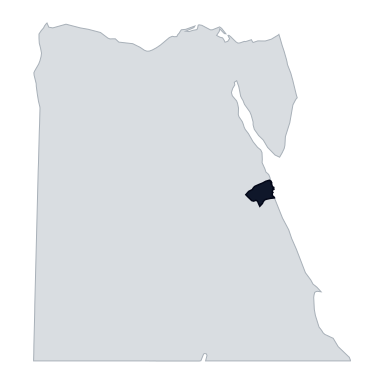 location of Safaga, Al Bahr al Ahmar, Egypt
{"feature_id": "37247803B18851026884182", "entity_name": "Safaga", "entity_type": "district", "adm_level": 2, "iso_a3": "EGY", "parent_name": "Egypt", "parent_adm1": "Al Bahr al Ahmar", "projection": "equal_earth", "projection_center": [33.857, 26.735], "detail": "fine", "context": "in_parent", "style": "filled", "palette": "ink", "viewbox_px": 384, "rotation_deg": 0, "n_neighbors": 0, "source": "geoboundaries", "source_scale": "gbopen_adm2", "svg_char_len": 4614}
<svg xmlns="http://www.w3.org/2000/svg" viewBox="0 0 384 384"><path d="M350.4,360.9L341.7,360.9L332.9,360.9L324.2,360.9L315.4,360.9L306.7,360.9L298.0,360.9L289.2,360.9L280.5,360.9L271.7,360.9L263.0,360.9L254.3,360.9L245.5,360.9L236.8,360.9L228.0,360.9L219.3,360.9L210.5,360.9L205.6,360.9L206.4,357.8L207.0,355.5L206.4,353.9L204.7,353.5L203.6,354.0L200.9,360.7L199.5,361.0L196.4,361.0L186.3,361.0L176.1,361.0L165.9,361.0L155.7,361.0L145.5,360.9L135.4,360.9L125.2,360.9L115.0,360.9L104.8,360.9L94.7,360.9L84.5,360.9L74.3,360.9L64.1,360.9L53.9,360.9L43.8,360.9L33.6,360.9L33.8,352.9L33.9,344.9L34.1,336.9L34.3,328.9L34.5,320.9L34.7,312.9L34.8,304.9L35.0,296.9L35.2,289.0L35.4,281.0L35.6,273.1L35.8,265.1L36.0,257.2L36.2,249.3L36.4,241.3L36.6,233.4L36.8,225.5L37.0,217.6L37.2,209.8L37.4,201.9L37.6,194.0L37.8,186.1L38.0,178.3L38.2,170.4L38.5,162.6L38.7,154.8L38.9,147.0L39.1,139.2L39.3,131.4L39.6,123.6L39.8,115.8L40.0,108.0L39.8,106.6L38.5,101.3L37.4,94.6L36.3,86.4L36.2,83.7L34.1,75.2L33.9,72.8L34.6,71.1L38.7,64.0L40.0,60.6L41.1,56.4L41.5,53.1L40.5,47.9L39.3,43.3L39.0,38.6L39.0,34.0L41.1,30.8L43.6,27.9L44.5,26.0L46.0,24.0L47.0,23.0L48.8,27.2L52.8,27.9L66.0,24.2L80.3,27.9L88.3,29.3L100.5,32.5L107.9,38.1L109.9,38.9L115.3,38.8L118.8,42.1L132.8,43.7L140.2,47.4L144.5,50.3L147.0,51.2L149.3,51.1L152.3,50.0L156.2,47.9L160.5,45.0L169.3,37.6L172.3,36.3L174.3,36.7L176.8,36.6L177.8,34.6L179.1,33.2L180.0,31.7L181.3,29.8L185.8,29.3L194.9,26.0L193.9,27.6L185.6,31.2L189.1,31.6L192.7,30.4L196.9,29.6L197.6,28.1L198.2,25.2L199.0,24.8L201.8,25.3L210.3,29.8L212.4,29.8L218.4,27.4L219.6,26.9L221.6,28.3L225.9,33.8L224.4,33.6L219.7,28.9L219.3,31.3L216.6,35.4L219.9,37.2L222.6,37.9L224.1,40.2L225.0,42.2L227.7,41.4L229.6,38.6L228.7,37.0L228.0,35.4L228.9,35.3L230.7,36.7L236.1,42.0L237.9,43.1L240.0,42.9L244.3,41.4L245.6,41.6L251.4,39.7L252.1,41.1L253.1,42.5L257.8,40.9L265.2,41.0L271.3,39.2L278.3,35.0L278.9,34.4L279.2,35.4L280.1,38.3L282.2,45.6L284.1,51.3L286.4,59.3L287.1,62.3L287.4,64.4L290.8,73.2L292.8,80.4L294.2,86.2L296.3,94.8L297.2,97.8L295.8,99.4L292.9,104.9L289.8,122.7L285.4,136.6L284.9,145.3L284.2,148.5L282.1,152.9L279.6,157.2L275.0,155.0L267.6,147.4L263.3,140.1L258.6,135.5L254.3,129.3L253.1,124.8L253.1,122.0L251.2,115.1L249.8,111.8L244.5,104.4L243.0,100.5L241.9,98.7L240.7,96.3L238.8,86.7L236.7,80.7L234.3,82.3L234.8,84.9L232.7,88.4L231.4,92.5L232.3,95.8L236.6,100.9L237.5,103.2L238.5,108.0L238.3,114.6L239.0,116.8L242.3,121.7L243.4,124.6L244.1,127.1L245.2,129.4L248.4,133.6L253.1,141.8L257.5,147.3L260.7,149.9L262.0,152.6L262.3,159.4L262.1,162.7L264.9,168.9L265.9,172.0L268.7,174.5L269.9,177.4L271.0,182.2L272.8,196.2L275.1,199.6L282.5,218.1L288.7,229.8L291.7,238.6L296.4,249.3L305.4,272.7L310.8,280.0L313.0,284.1L316.9,287.2L321.1,291.8L317.1,291.3L316.1,291.6L314.7,292.4L314.0,295.2L313.7,297.4L314.3,309.4L315.4,315.5L319.0,327.0L321.7,330.5L323.0,332.7L324.8,334.4L333.2,338.3L338.2,346.7L349.3,357.3L350.4,360.2L350.4,360.9Z" fill="#d9dde1" stroke="#a8b0b8" stroke-width="1"/><path d="M245.8,194.7L248.0,197.0L249.8,198.7L251.7,200.6L253.6,201.1L255.9,200.3L256.0,200.3L257.6,201.2L258.5,203.5L259.8,206.3L262.4,203.5L263.1,201.9L264.5,200.0L266.2,199.3L270.1,198.4L274.5,197.9L274.4,197.5L274.3,197.4L274.2,197.3L274.0,197.1L273.8,197.0L273.8,196.9L273.7,196.7L273.4,196.6L273.3,196.4L273.1,196.2L272.9,196.2L272.7,196.1L272.5,195.8L272.4,195.7L272.2,195.5L272.2,195.3L272.2,195.1L272.3,194.9L272.3,194.6L272.3,194.0L272.3,193.8L272.3,193.7L272.4,193.1L272.5,192.8L272.6,192.7L272.8,192.6L272.7,192.5L272.6,192.4L272.6,192.2L272.4,192.1L272.3,191.9L272.3,191.6L272.3,191.4L272.3,191.2L272.5,191.0L272.6,190.8L272.6,190.6L272.5,190.4L272.5,190.1L272.6,189.9L272.6,189.7L272.8,189.6L272.9,189.4L273.0,189.2L273.0,188.8L273.0,188.7L273.3,188.8L273.3,189.0L273.5,189.1L273.5,189.3L273.8,189.4L274.0,189.2L273.9,188.9L273.8,188.7L273.7,188.6L273.6,188.4L273.6,188.2L273.6,187.9L273.7,187.7L273.8,187.5L273.8,187.4L273.7,187.3L273.4,187.4L273.3,187.5L273.2,187.7L273.1,187.8L273.0,187.7L272.9,187.3L272.9,187.1L272.8,186.9L272.7,186.8L272.6,186.7L272.4,186.4L272.2,186.2L272.1,185.8L272.1,185.6L271.9,185.2L271.9,184.9L271.8,184.6L271.7,184.5L271.5,184.4L271.3,184.2L271.5,184.0L271.6,183.9L271.6,183.7L271.4,183.7L271.3,183.4L271.2,183.2L270.9,182.8L270.9,182.5L271.0,182.4L271.4,182.4L271.5,182.4L271.4,182.2L271.3,181.8L271.2,181.7L271.0,181.4L271.0,181.2L270.7,181.0L270.5,180.9L270.3,180.9L270.2,180.9L270.1,180.7L269.9,180.5L269.6,180.4L269.4,180.2L265.7,181.3L262.6,183.0L258.9,184.5L254.9,186.3L253.7,187.4L252.2,189.6L248.7,191.4L245.8,194.7Z" fill="#0f172a" stroke="#020617" stroke-width="1.5"/></svg>